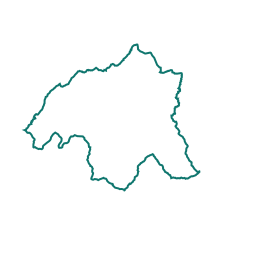 Tamara, Casanare, Colombia, rotated 221°
{"feature_id": "7082276B51929752700594", "entity_name": "Tamara", "entity_type": "district", "adm_level": 2, "iso_a3": "COL", "parent_name": "Colombia", "parent_adm1": "Casanare", "projection": "robinson", "projection_center": [-72.226, 5.881], "detail": "fine", "context": "isolated", "style": "outline", "palette": "teal", "viewbox_px": 256, "rotation_deg": 221, "n_neighbors": 0, "source": "geoboundaries", "source_scale": "gbopen_adm2", "svg_char_len": 5852}
<svg xmlns="http://www.w3.org/2000/svg" viewBox="0 0 256 256"><g transform="rotate(221 128 128)"><path d="M62.5,118.5L61.4,120.4L60.5,120.7L59.6,121.5L59.3,121.4L58.4,121.8L57.9,122.2L57.6,122.8L55.9,124.0L55.8,124.5L55.5,124.6L55.3,125.5L53.6,126.1L52.5,127.5L51.3,127.4L50.9,128.2L49.7,129.1L49.4,130.3L49.0,131.2L49.0,132.1L48.1,133.6L47.5,133.9L45.9,136.8L45.9,137.8L45.5,139.2L45.3,141.7L45.7,142.0L46.1,141.2L46.8,140.4L51.4,140.7L52.2,141.1L52.9,141.1L53.6,141.6L55.5,141.4L57.5,143.8L60.4,143.6L62.7,144.7L64.1,144.9L66.2,146.2L67.7,146.3L68.6,147.5L69.0,148.8L70.3,150.5L70.6,151.2L70.8,153.1L71.1,153.6L72.3,154.0L74.2,154.1L74.7,154.5L76.2,155.0L77.9,156.4L79.4,156.6L80.4,157.1L81.2,157.2L84.0,156.7L86.0,156.8L86.3,157.1L86.6,158.5L87.1,159.3L90.0,160.1L91.3,159.9L92.3,160.3L93.1,160.3L93.4,160.7L93.4,162.1L94.0,163.2L95.5,164.2L95.9,164.3L96.6,163.4L98.1,163.4L98.5,163.1L99.8,164.0L101.3,164.1L101.9,164.5L103.4,165.9L102.5,166.7L102.9,168.5L102.4,168.9L102.4,169.4L101.9,169.6L102.0,169.9L102.6,170.2L102.8,170.1L104.0,171.4L104.6,172.5L105.4,173.0L105.7,173.5L105.5,174.5L106.0,174.9L105.7,175.6L104.7,176.6L104.9,177.2L104.3,178.1L104.5,178.7L104.8,178.8L105.7,180.3L106.2,180.2L106.3,180.6L106.6,180.7L107.5,180.7L108.2,181.9L109.6,182.1L109.7,182.7L110.2,182.2L110.7,182.5L111.4,182.1L111.8,182.3L111.5,182.8L111.9,183.1L112.4,184.3L113.2,185.1L113.3,186.1L113.0,187.3L114.0,188.1L114.0,188.4L113.2,189.0L113.0,190.1L114.0,191.2L114.3,190.7L115.1,191.0L115.9,191.0L115.7,191.7L116.1,192.2L116.0,192.7L117.2,194.6L117.0,195.3L117.1,195.6L117.7,195.8L118.4,196.4L118.4,197.4L118.9,197.8L118.7,198.3L119.3,198.7L119.6,199.8L120.1,199.8L120.3,200.0L120.6,201.5L121.2,202.0L121.4,202.6L122.1,202.9L122.2,203.5L122.9,204.2L123.5,204.5L124.1,204.1L126.8,201.0L127.6,200.6L128.1,199.9L128.6,199.6L129.4,199.9L131.0,199.1L131.3,199.6L132.1,200.0L132.6,200.4L133.6,199.9L134.7,197.7L135.2,197.5L135.3,196.9L135.8,196.3L135.8,195.8L136.3,195.3L137.2,193.2L137.9,192.4L138.7,192.1L139.3,191.4L140.5,191.0L140.7,192.6L142.9,195.0L144.1,194.4L147.4,194.7L154.3,198.2L157.2,198.6L160.0,199.7L160.7,199.5L163.6,195.7L164.2,195.3L167.2,194.6L169.0,193.9L172.0,194.0L174.1,196.0L175.6,197.1L175.9,197.0L176.5,196.3L176.7,195.6L177.7,194.6L178.1,192.5L177.8,191.1L176.7,189.2L177.3,188.9L176.8,188.0L176.7,187.0L176.3,187.0L176.3,186.3L176.1,186.3L175.8,185.0L176.3,182.7L176.0,181.7L176.2,178.9L176.6,177.6L176.6,176.8L175.9,176.3L176.4,175.1L176.3,172.8L176.4,172.2L176.2,171.2L176.7,169.7L176.8,168.5L177.4,167.6L177.9,167.4L178.9,166.4L180.2,166.7L181.5,166.4L181.7,166.1L181.9,165.2L182.4,164.7L182.0,163.6L181.9,161.8L182.0,160.8L182.9,160.0L183.1,158.6L182.9,157.5L182.3,156.9L184.0,156.3L183.8,155.7L183.9,154.7L184.6,154.3L186.4,153.9L188.1,152.4L189.5,152.7L191.6,152.5L192.1,149.9L192.8,148.0L193.2,147.9L193.8,147.0L194.8,146.7L195.4,145.7L196.1,145.8L196.8,145.0L196.9,144.5L196.6,143.1L197.5,141.1L198.1,141.0L198.8,140.4L199.4,140.6L199.7,140.1L200.6,140.0L201.6,139.3L202.0,139.3L202.3,138.4L202.9,137.9L202.7,136.3L202.9,133.3L202.7,132.1L202.8,130.4L203.2,129.2L203.3,128.3L202.8,127.3L202.4,124.2L201.8,122.0L203.0,120.2L203.3,118.8L203.9,117.9L204.4,116.3L205.9,115.5L207.0,115.8L208.4,116.6L208.6,115.9L208.7,114.2L209.5,112.8L209.6,111.7L209.5,110.5L209.8,109.9L209.8,108.1L210.2,107.2L210.7,104.6L210.3,103.4L210.3,102.6L210.7,100.7L209.9,99.4L209.9,98.5L210.5,97.5L209.8,96.2L209.3,94.5L207.1,91.7L207.0,90.9L206.4,89.9L206.0,88.1L205.3,86.8L204.9,85.0L205.2,84.1L204.8,79.2L205.3,78.5L206.2,78.4L206.5,78.1L206.7,76.2L206.2,74.5L205.0,74.8L204.2,74.4L205.4,72.0L204.7,71.0L205.3,70.0L205.2,69.7L204.5,69.4L204.8,68.7L204.7,68.4L203.5,67.7L204.7,65.4L204.7,64.6L204.2,64.3L203.9,62.3L204.0,61.3L204.3,61.0L203.8,59.8L204.6,58.6L203.6,58.9L200.9,58.4L200.1,58.8L199.7,59.5L199.1,59.8L197.8,59.8L196.3,59.5L194.0,58.5L191.2,58.3L190.6,57.6L190.4,56.0L189.4,55.2L188.8,53.8L186.9,51.5L186.3,51.5L185.6,52.6L185.3,52.7L184.2,52.7L181.6,53.5L181.0,54.4L179.2,55.4L179.0,56.3L179.1,56.9L180.2,58.6L180.3,59.1L179.5,63.8L178.9,66.3L178.8,67.7L179.1,69.0L180.0,70.6L180.4,74.1L179.9,76.8L176.5,77.4L174.9,76.8L173.8,76.7L172.4,76.8L171.2,76.5L169.8,74.7L169.5,73.8L169.3,70.8L168.8,69.2L167.9,68.3L167.1,67.9L166.8,68.0L165.2,69.6L165.0,70.4L166.0,72.0L166.1,74.5L165.3,75.5L164.3,76.4L163.8,77.8L163.9,79.0L164.6,80.2L164.7,80.9L165.1,81.5L165.4,82.8L165.4,84.4L164.6,84.9L163.9,85.8L163.5,87.7L160.9,88.6L156.6,92.0L154.3,91.8L153.6,91.0L152.6,90.7L151.5,90.8L147.5,90.3L145.0,88.1L143.8,88.7L143.3,87.8L142.5,87.1L141.2,83.9L139.9,83.3L139.7,80.4L139.4,79.9L138.5,79.3L137.9,77.2L136.5,76.9L136.2,76.6L134.3,75.6L131.8,75.1L131.5,74.6L130.5,75.0L129.4,74.9L128.9,74.5L127.9,74.2L127.2,72.5L126.7,71.9L125.8,71.2L124.8,71.1L124.4,70.6L123.3,67.9L123.1,66.9L122.4,65.6L122.0,65.4L120.7,65.9L120.2,66.3L119.7,67.6L117.7,68.9L116.3,69.1L115.4,71.4L115.1,71.7L113.7,74.4L113.0,74.3L111.3,75.3L110.4,75.1L108.6,74.3L106.1,74.3L103.6,75.2L103.0,75.7L102.4,75.5L102.1,74.8L101.6,74.7L98.6,74.5L95.4,76.2L94.2,76.4L92.7,77.9L90.7,78.8L89.0,78.3L89.9,78.9L90.2,79.7L89.4,82.9L90.2,84.3L90.3,86.9L89.7,86.9L89.3,87.7L89.4,88.9L89.0,90.5L89.4,91.9L89.1,93.1L90.6,95.4L89.8,98.2L90.6,100.0L91.5,101.2L91.6,102.0L93.1,102.4L93.8,104.1L94.4,104.3L95.5,105.7L95.4,107.9L95.1,108.5L95.4,109.8L94.9,110.5L94.7,112.2L94.2,112.8L94.1,113.8L94.3,115.6L95.0,116.5L94.8,118.0L94.5,119.7L94.0,120.3L93.6,121.7L93.1,122.5L92.7,123.4L91.9,124.1L92.0,124.4L91.5,124.5L90.5,124.1L90.1,123.7L88.4,123.7L87.4,123.1L84.6,122.9L84.1,122.4L83.2,122.5L82.7,122.0L81.8,121.9L80.8,121.4L79.6,121.3L78.2,122.1L77.4,122.2L75.8,121.4L75.3,120.7L74.2,120.0L72.7,119.9L72.2,119.6L71.9,119.6L71.1,119.2L69.7,119.7L69.2,119.6L68.8,119.9L68.0,120.0L67.3,119.6L66.3,119.7L65.2,120.1L64.7,119.7L63.2,119.1L62.5,118.5Z" fill="none" stroke="#0f766e" stroke-width="2"/></g></svg>